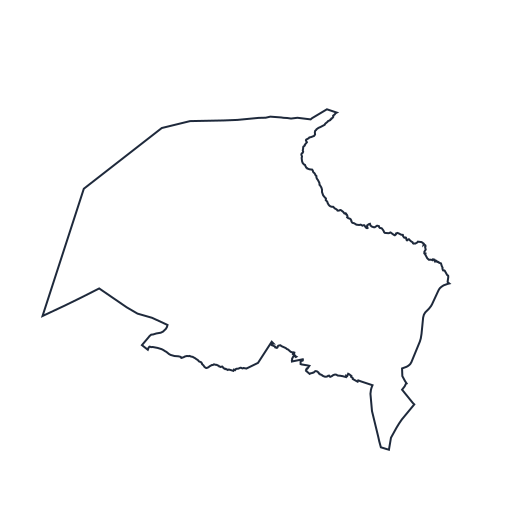 Tlalpan, Distrito Federal, Mexico, rotated 103°
{"feature_id": "50627088B11005238011149", "entity_name": "Tlalpan", "entity_type": "district", "adm_level": 2, "iso_a3": "MEX", "parent_name": "Mexico", "parent_adm1": "Distrito Federal", "projection": "natural_earth1", "projection_center": [-99.188, 19.201], "detail": "fine", "context": "isolated", "style": "outline", "palette": "slate", "viewbox_px": 512, "rotation_deg": 103, "n_neighbors": 0, "source": "geoboundaries", "source_scale": "gbopen_adm2", "svg_char_len": 6054}
<svg xmlns="http://www.w3.org/2000/svg" viewBox="0 0 512 512"><g transform="rotate(103 256 256)"><path d="M152.5,376.6L229.2,438.9L362.5,450.5L347.2,431.0L335.5,416.6L322.9,401.5L335.1,370.4L338.8,358.5L339.6,343.4L343.1,326.7L345.2,326.8L347.2,327.4L350.6,329.6L352.2,331.6L353.9,335.7L355.6,338.6L356.2,340.4L356.7,340.8L358.1,341.8L359.4,342.4L368.5,347.1L371.7,340.3L370.5,340.1L369.6,340.1L368.3,339.4L368.2,338.8L368.4,337.7L367.9,336.2L367.7,331.2L368.0,327.0L368.5,325.0L369.1,323.5L369.6,321.7L371.1,318.7L371.6,316.9L371.8,312.9L371.2,309.1L371.2,307.4L371.3,306.6L372.1,305.9L372.1,305.7L370.7,303.5L370.0,302.8L369.0,300.9L368.7,299.0L368.3,298.2L368.6,296.8L368.5,294.9L368.7,294.5L369.3,292.3L369.8,291.2L370.5,289.2L371.5,287.9L371.9,285.5L372.1,285.2L372.5,285.0L372.9,284.4L373.5,284.2L374.4,282.6L375.7,281.2L376.3,279.7L376.3,279.1L375.6,277.9L374.7,277.0L373.9,276.4L372.1,274.4L372.0,273.6L371.0,272.6L371.1,270.9L370.9,269.8L371.3,268.5L371.3,267.9L371.9,267.0L371.8,266.7L372.1,265.5L371.3,264.1L371.7,263.4L372.7,262.2L372.7,261.5L373.1,260.7L372.8,260.5L372.7,260.2L373.3,258.4L373.4,258.0L373.0,257.7L373.0,257.2L372.7,256.8L373.0,252.2L371.6,251.9L371.9,250.7L370.6,250.1L370.2,249.5L369.8,248.0L368.4,246.1L368.3,245.2L368.6,244.0L368.4,243.5L367.9,242.9L367.9,241.0L367.7,240.4L367.8,240.0L359.7,230.0L336.0,221.4L337.3,219.4L337.4,220.1L338.2,221.5L338.4,221.7L338.8,221.6L339.4,220.3L339.5,219.0L340.1,216.7L340.3,216.5L340.5,216.9L340.8,216.6L340.7,216.0L340.9,215.3L340.7,214.8L340.3,214.5L339.0,214.4L338.4,214.1L337.9,213.2L337.5,212.1L338.1,210.9L339.0,206.3L339.7,205.0L339.9,203.7L341.6,200.6L341.6,199.7L341.8,199.1L341.4,197.7L341.5,196.9L341.8,196.9L341.9,197.7L343.3,198.0L343.5,197.6L343.2,197.2L343.2,196.9L344.0,196.0L344.4,195.2L344.9,195.0L345.1,194.1L345.5,194.5L344.9,195.8L344.8,196.4L345.6,197.1L347.9,197.7L348.4,197.7L349.3,197.3L350.0,197.5L350.2,197.3L350.7,197.2L346.1,187.2L346.7,186.9L347.4,187.0L347.9,187.8L348.2,188.8L349.0,188.8L351.3,188.2L351.4,187.3L351.0,181.2L351.0,179.3L353.8,180.4L353.9,180.9L354.3,181.3L354.8,181.4L354.7,181.2L354.9,181.1L355.6,181.3L356.7,181.3L358.8,177.2L358.1,176.5L357.3,174.8L356.9,174.4L356.7,173.7L354.9,172.4L354.7,171.9L354.7,170.6L355.4,169.0L356.1,168.5L356.2,168.0L356.5,167.9L356.6,167.3L357.0,166.8L357.0,165.6L357.4,164.5L357.7,164.3L358.1,162.0L357.9,160.6L357.2,159.3L356.5,158.8L356.1,157.9L356.9,157.1L357.0,156.4L355.8,154.9L354.6,153.9L353.7,152.3L353.6,151.0L354.1,149.5L353.7,146.7L353.7,145.4L353.6,145.1L353.7,141.1L352.3,141.3L352.5,140.1L350.0,139.7L350.3,138.5L351.4,136.1L352.3,136.2L353.1,134.4L353.5,134.1L354.1,134.0L355.5,129.1L355.6,128.7L354.2,128.4L354.6,125.3L355.7,113.4L358.3,113.8L360.4,113.9L364.5,113.5L379.5,108.6L381.0,108.1L404.3,96.4L408.9,94.2L414.3,91.3L414.9,82.9L402.7,83.6L391.5,80.4L387.0,78.9L382.4,77.1L365.0,68.4L363.8,70.3L353.4,83.6L349.5,81.8L346.7,81.2L346.3,80.6L344.3,82.7L340.1,86.4L332.7,88.4L330.1,84.4L329.1,83.3L327.8,82.2L326.6,81.4L324.4,80.7L302.5,77.1L299.3,76.9L294.7,77.2L278.4,79.3L275.4,79.2L272.9,78.4L268.4,75.6L265.4,74.2L263.4,73.6L249.1,70.6L247.5,70.2L246.0,69.6L244.3,68.4L242.4,66.6L240.0,62.9L239.3,61.5L238.5,63.1L238.1,63.5L233.4,63.9L232.3,64.2L231.9,64.4L231.5,65.5L227.9,68.8L227.7,69.3L228.0,70.3L227.7,70.7L226.4,71.5L225.4,71.6L224.2,72.6L221.6,74.1L221.4,76.1L221.1,76.3L221.0,77.7L220.7,77.6L220.5,78.6L220.0,79.7L221.1,80.3L220.1,81.3L219.4,81.5L219.4,82.7L219.9,82.7L220.4,83.1L220.2,83.6L220.4,85.5L220.8,86.6L220.5,87.2L219.7,88.6L216.3,91.6L215.9,91.4L215.4,91.4L215.4,91.8L215.8,92.3L215.6,92.6L213.8,92.9L211.6,92.1L209.1,93.3L208.7,93.0L207.6,93.3L206.8,94.9L207.4,95.3L206.2,95.4L205.5,97.1L205.2,97.8L205.6,101.5L206.2,101.7L207.0,102.4L208.1,103.7L208.2,104.6L208.5,105.3L208.3,105.9L207.4,106.5L206.8,108.3L205.7,110.2L205.3,110.6L205.4,111.2L206.2,111.9L206.7,112.1L206.8,112.5L206.5,112.9L204.4,114.0L204.3,114.4L204.8,115.3L204.7,115.9L203.5,117.2L202.4,117.7L202.6,119.3L201.9,122.0L201.7,123.4L202.4,124.4L202.6,124.2L203.1,124.4L203.8,125.0L204.0,124.9L204.6,125.4L204.3,126.7L202.8,130.2L203.3,131.0L203.6,131.2L204.0,132.1L204.5,135.6L204.1,136.4L202.5,137.6L200.8,139.6L200.7,140.2L200.8,141.6L200.2,142.5L199.3,142.9L199.2,144.4L199.3,144.9L201.3,146.8L201.5,147.6L201.3,149.7L200.9,150.6L200.4,151.4L199.0,152.2L199.6,153.2L201.2,154.6L202.1,154.5L203.3,153.7L203.7,153.6L203.9,154.1L203.9,154.7L203.1,155.9L201.7,157.3L201.9,158.3L202.5,159.1L201.9,161.0L202.6,162.5L202.9,165.4L202.6,165.9L202.0,167.9L202.0,169.3L201.9,169.7L200.9,170.8L200.0,171.1L198.8,172.2L198.5,173.1L198.4,174.6L197.8,175.9L196.9,175.7L196.5,175.9L195.5,176.6L195.4,177.2L195.1,177.6L194.4,177.7L194.2,178.5L194.6,179.0L194.7,179.4L193.4,181.0L192.3,183.4L192.2,184.1L192.5,184.7L193.1,185.4L193.4,186.8L192.7,187.5L192.3,188.5L191.9,190.0L190.7,191.8L191.0,193.5L190.9,194.4L190.6,195.5L189.8,196.7L188.4,198.0L187.3,198.6L186.6,199.4L185.9,200.6L184.2,200.8L183.6,201.9L181.8,204.2L178.8,206.1L176.5,206.6L174.6,207.7L172.6,209.6L172.4,210.1L170.5,210.7L168.0,212.8L167.4,213.6L166.1,214.7L164.4,215.2L164.0,216.1L162.8,217.0L162.0,217.9L161.6,218.8L161.0,219.4L160.1,219.8L159.2,220.7L159.5,223.4L159.2,225.8L158.9,225.9L158.6,226.9L156.7,228.5L156.2,228.8L156.0,229.9L154.8,231.5L153.2,232.5L150.1,233.6L149.1,233.5L148.6,233.6L147.1,234.6L146.0,234.6L145.6,234.4L145.1,233.8L143.8,233.5L142.6,234.2L141.3,234.2L139.1,234.5L138.7,234.4L137.7,233.5L137.2,233.3L136.7,233.5L133.7,232.0L132.3,233.3L131.8,233.4L131.2,233.2L129.5,231.2L128.5,230.7L127.7,229.0L125.9,226.4L124.3,225.8L122.2,226.5L120.7,226.5L119.6,225.7L119.0,225.6L117.5,224.3L116.5,223.2L116.0,222.4L112.7,218.6L111.5,218.3L109.2,216.5L108.4,216.2L106.9,214.2L106.3,214.2L105.6,213.4L105.1,213.5L104.2,212.5L103.0,212.0L101.9,212.4L100.4,211.2L98.9,210.5L98.1,209.6L97.1,219.9L109.1,232.4L110.6,233.5L112.0,246.7L114.2,252.8L114.5,256.5L115.2,260.5L115.3,262.4L117.0,273.4L119.1,277.7L120.8,284.4L127.6,304.8L131.2,318.0L139.4,350.6L152.5,376.6Z" fill="none" stroke="#1e293b" stroke-width="2"/></g></svg>